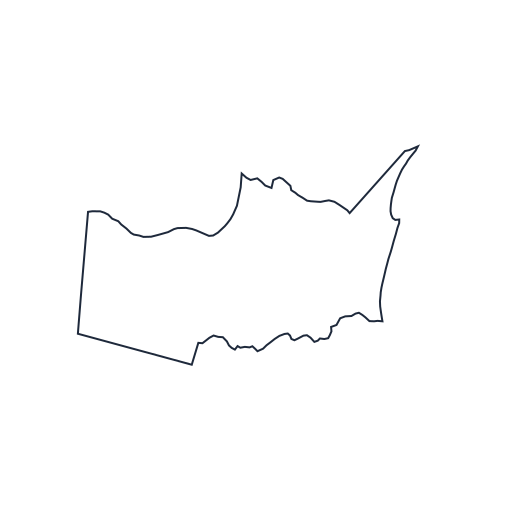 Parnaíba, Piauí, Brazil (orthographic projection), rotated 63°
{"feature_id": "56859067B40128359128951", "entity_name": "Parnaíba", "entity_type": "district", "adm_level": 2, "iso_a3": "BRA", "parent_name": "Brazil", "parent_adm1": "Piauí", "projection": "orthographic", "projection_center": [-41.745, -2.939], "detail": "fine", "context": "isolated", "style": "outline", "palette": "slate", "viewbox_px": 512, "rotation_deg": 63, "n_neighbors": 0, "source": "geoboundaries", "source_scale": "gbopen_adm2", "svg_char_len": 2071}
<svg xmlns="http://www.w3.org/2000/svg" viewBox="0 0 512 512"><g transform="rotate(63 256 256)"><path d="M140.4,385.6L210.4,429.1L235.1,444.3L244.4,450.0L304.7,383.5L323.7,362.6L307.2,346.8L309.4,343.3L308.4,338.1L307.7,334.6L307.6,329.9L310.9,326.4L313.3,322.4L318.9,320.7L323.4,320.7L326.8,319.4L329.8,317.3L327.9,313.3L330.6,311.6L331.9,307.2L334.5,303.2L334.8,300.2L338.3,298.9L341.5,297.9L341.8,291.8L340.3,287.1L339.5,282.5L338.4,277.0L337.8,271.4L338.4,266.0L339.5,262.9L342.3,261.8L346.0,262.1L348.5,260.0L348.6,256.3L348.5,249.9L349.7,246.6L353.5,244.5L359.0,243.0L359.5,239.4L358.5,236.5L361.0,232.8L362.0,229.0L360.0,226.1L357.4,223.0L353.3,221.3L354.0,215.6L349.7,209.3L350.3,203.9L352.8,198.2L352.5,193.5L353.3,190.1L356.8,188.0L360.3,186.4L365.5,184.5L367.8,180.4L369.0,177.1L371.6,173.0L368.4,172.0L363.5,170.4L357.4,168.3L352.6,166.1L347.9,163.1L344.9,161.3L341.2,158.6L338.0,156.0L333.1,151.8L329.3,148.6L326.3,146.1L322.2,142.4L318.7,139.3L315.8,136.4L313.4,134.0L310.4,131.2L305.2,126.5L299.9,121.4L295.2,117.2L291.7,113.5L288.5,111.8L287.1,115.5L284.4,117.0L280.5,116.8L277.2,115.8L274.4,114.3L271.2,112.3L268.3,110.3L265.8,108.5L261.8,104.6L258.3,101.4L255.8,99.1L253.0,96.3L250.6,93.4L247.8,90.0L245.3,86.7L243.3,83.3L241.8,80.4L239.8,77.4L237.9,73.6L236.1,69.5L234.6,66.0L231.8,62.0L231.2,71.5L230.1,75.7L260.3,153.1L256.7,153.9L253.6,155.6L248.5,158.4L243.3,161.5L239.5,165.8L238.3,169.6L237.1,173.9L235.6,176.5L232.1,182.3L229.9,185.4L225.8,187.7L220.8,190.9L217.6,192.2L213.4,194.7L209.1,193.5L199.4,197.2L196.6,199.7L196.2,206.1L202.4,211.3L197.4,215.8L192.4,217.4L187.4,219.6L185.8,226.3L181.9,229.0L176.0,231.3L187.9,238.5L202.6,250.2L206.6,255.1L208.5,257.4L211.6,262.1L213.9,266.9L215.3,270.3L217.9,279.3L218.3,284.9L216.7,288.8L206.1,297.6L202.9,300.7L199.2,305.5L195.5,313.3L194.8,316.9L194.8,323.5L192.7,334.0L191.2,340.7L187.9,347.6L184.7,350.8L181.4,355.2L178.6,357.0L172.7,359.0L166.7,361.8L162.5,362.9L157.5,367.2L152.0,368.9L148.5,371.5L145.5,374.5L141.8,381.6L140.4,385.6Z" fill="none" stroke="#1e293b" stroke-width="2"/></g></svg>